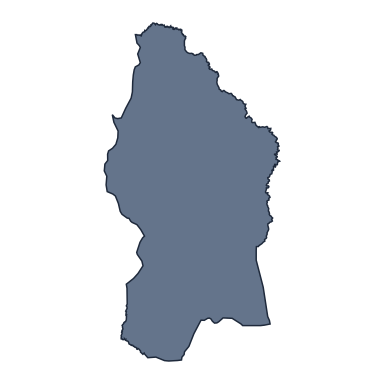 the district of Uvira, Sud-Kivu, Democratic Republic of the Congo
{"feature_id": "63176286B42701779698156", "entity_name": "Uvira", "entity_type": "district", "adm_level": 2, "iso_a3": "COD", "parent_name": "Democratic Republic of the Congo", "parent_adm1": "Sud-Kivu", "projection": "albers", "projection_center": [29.091, -3.199], "detail": "fine", "context": "isolated", "style": "filled", "palette": "slate", "viewbox_px": 384, "rotation_deg": 0, "n_neighbors": 0, "source": "geoboundaries", "source_scale": "gbopen_adm2", "svg_char_len": 5951}
<svg xmlns="http://www.w3.org/2000/svg" viewBox="0 0 384 384"><path d="M270.1,324.0L269.4,320.4L267.7,316.6L263.2,287.2L256.2,260.2L256.2,250.2L256.4,246.6L258.4,246.5L258.9,245.7L261.9,243.6L263.4,242.0L264.8,241.2L264.6,239.5L266.1,238.4L266.6,237.7L266.3,236.1L267.2,234.0L267.0,232.9L268.6,229.7L268.6,228.3L267.8,225.4L267.9,223.8L269.3,223.0L269.7,222.3L271.4,221.8L272.4,221.0L271.6,219.2L272.5,218.5L272.6,217.9L271.9,217.4L270.8,215.9L269.9,215.5L269.2,214.1L269.5,213.4L268.9,211.6L268.4,211.1L268.7,208.5L267.7,206.5L267.6,205.5L267.1,205.0L266.8,203.5L267.3,202.5L266.9,201.2L267.6,200.6L269.0,200.0L268.8,198.3L270.0,197.4L269.6,196.2L269.0,195.5L267.5,194.5L267.4,193.6L268.0,192.9L267.5,192.7L266.3,193.0L265.7,192.7L265.5,192.0L266.4,189.3L266.4,187.9L267.9,188.0L268.9,186.9L268.8,186.3L268.4,185.9L266.7,185.8L266.3,185.3L266.7,184.1L268.2,183.1L268.2,181.8L269.4,181.0L269.3,179.9L268.0,179.0L267.7,177.8L267.9,177.5L268.7,177.4L269.5,176.7L270.2,174.4L271.8,173.8L272.2,171.6L271.9,170.3L272.4,170.0L273.2,170.4L273.6,170.0L273.3,169.0L273.7,167.6L273.5,166.4L274.1,166.1L274.6,166.2L275.3,167.0L275.6,166.7L275.5,166.2L274.6,165.2L274.7,164.4L275.1,164.3L276.0,165.0L277.1,164.8L277.4,164.4L277.4,163.2L277.9,162.0L278.8,161.4L279.7,161.2L279.5,160.9L278.0,160.7L277.8,159.9L277.2,159.6L276.1,159.4L276.3,158.7L276.0,157.8L276.2,157.4L277.2,157.0L277.2,156.4L274.6,154.6L274.6,154.2L275.2,154.0L277.1,154.1L276.6,152.1L277.5,152.1L279.2,150.7L279.1,150.3L278.1,150.2L277.5,149.6L278.0,148.2L277.5,146.8L277.9,146.4L278.8,146.3L278.8,145.7L278.1,144.6L278.3,143.4L278.0,143.0L276.6,142.7L275.5,142.0L275.5,141.5L276.4,140.7L276.4,139.7L277.2,139.1L277.2,138.5L276.3,137.3L274.4,136.1L273.8,135.2L273.2,135.1L272.0,134.3L272.0,133.7L272.7,132.9L272.3,132.3L270.1,132.2L269.2,131.4L269.2,130.7L269.8,130.6L270.6,129.9L270.8,128.4L268.0,128.6L267.6,127.1L266.9,126.5L264.6,127.3L262.8,126.8L260.2,127.3L259.3,126.6L259.0,126.7L259.4,127.3L258.8,127.6L256.1,125.4L254.9,122.3L252.5,122.6L251.9,122.3L251.6,120.9L252.1,119.3L250.9,117.8L249.4,117.0L249.1,116.2L246.9,117.6L246.6,118.2L245.7,118.0L245.0,116.6L245.8,114.7L247.1,113.2L246.5,111.2L245.0,108.9L245.3,108.4L246.0,108.2L245.1,106.7L245.1,105.7L245.8,104.3L244.7,104.2L243.3,103.4L242.8,101.6L241.5,100.5L240.8,100.2L240.2,99.5L238.9,100.2L236.5,99.6L235.1,96.9L234.1,96.5L233.4,95.8L232.6,95.7L232.1,94.4L231.2,93.4L228.9,93.7L227.6,92.8L225.7,92.0L224.0,90.5L223.2,90.6L222.4,91.6L221.4,91.3L220.6,89.9L219.2,89.2L219.0,87.7L217.3,84.5L216.8,82.2L217.2,80.0L217.0,79.0L217.4,77.9L218.7,76.1L218.4,74.6L218.0,74.4L218.2,73.6L217.0,71.7L216.7,71.7L216.3,72.5L215.3,72.4L215.1,71.7L214.4,71.1L212.3,70.4L211.9,69.1L210.9,69.0L210.2,69.4L209.5,69.1L209.0,68.1L209.3,67.6L209.9,67.4L209.9,66.9L209.5,66.3L208.3,65.6L208.4,64.8L209.4,64.3L209.4,63.9L208.6,62.4L208.0,62.2L207.6,62.5L206.5,61.6L206.7,59.9L206.1,58.4L205.1,57.4L205.2,56.9L204.8,56.4L203.1,55.4L202.7,53.3L200.9,52.8L198.4,54.5L196.5,54.6L196.1,55.2L194.3,55.3L193.2,54.0L192.8,54.1L192.5,53.6L191.3,53.3L189.9,53.5L188.2,53.0L186.7,52.0L184.9,49.6L185.0,47.1L184.4,45.8L184.4,40.9L185.0,39.2L185.6,38.6L185.4,37.1L185.8,36.8L185.1,36.0L184.4,36.1L184.0,35.9L183.4,35.4L183.4,34.6L182.5,34.4L182.5,33.8L181.5,32.5L181.9,30.9L181.7,30.1L181.0,30.5L180.8,30.3L181.1,29.8L180.8,29.3L179.9,29.3L179.0,29.9L178.6,29.3L176.8,29.0L176.8,28.1L176.2,28.3L175.9,27.9L174.5,28.7L174.9,29.0L174.4,29.4L173.6,29.4L172.9,29.0L173.2,28.1L172.9,27.9L173.3,27.5L173.0,27.3L172.5,27.7L172.0,27.3L171.2,27.3L171.4,26.9L170.9,26.7L170.7,25.9L169.1,27.6L168.4,27.0L167.9,27.0L168.0,26.6L167.4,26.3L166.7,26.4L166.5,26.9L166.0,26.9L165.8,27.2L165.0,27.1L165.1,26.5L164.5,26.3L164.2,25.1L163.0,25.5L162.2,24.5L161.9,24.5L161.6,24.9L161.2,24.6L160.9,25.0L160.3,24.6L159.7,25.1L158.0,24.6L157.1,23.6L156.5,23.4L156.1,23.6L155.5,24.7L154.3,23.3L152.9,23.0L152.3,23.6L151.6,24.9L150.9,24.9L150.9,25.8L150.4,26.5L149.3,26.2L148.9,26.6L148.7,27.5L148.3,27.4L148.0,27.7L148.3,28.1L146.9,29.3L146.6,30.0L145.5,30.7L144.8,30.4L144.7,31.7L143.1,32.2L142.0,33.5L141.9,34.1L141.4,34.4L141.4,35.2L140.7,35.1L140.9,35.7L138.9,35.0L137.3,35.1L136.9,34.6L135.4,34.6L137.0,43.1L139.3,45.6L140.3,47.5L137.7,54.0L140.3,62.6L138.9,64.9L135.3,66.9L134.2,69.8L133.3,75.0L132.7,81.8L132.4,92.0L131.1,98.2L125.7,108.3L121.3,117.9L117.7,118.6L115.0,118.0L112.3,114.7L113.9,122.3L118.1,131.0L117.8,137.8L115.9,144.3L112.5,148.3L108.6,150.9L107.6,154.2L107.7,160.5L104.9,164.1L104.3,170.9L106.8,176.2L106.1,184.9L107.2,191.6L112.8,194.0L115.4,196.0L118.4,203.5L120.2,211.3L122.0,214.3L127.2,218.1L129.0,218.3L130.7,221.2L132.1,222.4L136.9,224.6L140.7,229.5L144.5,236.1L142.6,237.9L140.0,242.3L136.7,252.4L137.3,254.4L141.9,261.1L143.0,265.8L138.0,273.5L133.5,278.5L126.3,284.2L127.0,288.3L127.2,304.1L126.3,305.9L127.0,306.9L127.1,308.3L125.7,311.2L126.4,311.7L126.0,313.2L126.3,314.2L126.7,314.7L126.5,315.1L125.9,315.0L125.9,315.3L126.5,316.3L126.3,319.9L125.5,321.7L124.9,321.8L123.9,322.6L123.8,323.4L122.1,325.4L122.5,326.3L122.5,327.3L122.9,328.8L122.7,329.6L122.0,330.4L122.3,331.0L122.0,331.3L122.2,331.5L121.6,332.3L122.2,333.1L121.1,335.9L121.5,336.5L121.1,338.0L121.3,338.9L121.9,338.7L122.5,339.5L123.2,339.7L124.5,339.3L124.5,339.0L124.7,339.3L125.6,339.3L125.2,339.9L125.5,340.3L125.9,340.2L126.7,340.9L127.7,341.1L128.3,341.6L129.1,344.0L130.6,344.7L131.1,345.2L131.6,345.0L131.8,345.4L132.8,345.3L133.4,346.3L134.0,346.3L134.7,347.1L135.8,347.3L136.4,347.9L136.9,349.2L137.3,349.3L137.9,348.4L138.6,348.8L140.5,350.9L140.5,352.0L142.9,354.3L144.1,353.1L144.5,353.9L147.8,357.7L155.9,357.1L164.5,360.6L168.7,361.0L177.5,360.5L181.5,360.0L181.9,357.2L184.1,354.6L184.5,351.8L188.9,346.4L193.9,333.7L201.0,320.2L204.3,320.3L207.7,318.3L209.5,318.1L211.0,319.0L212.4,321.2L214.5,323.1L216.9,322.9L218.7,321.8L223.1,317.9L232.1,318.3L240.8,323.8L242.7,325.6L260.4,325.6L264.6,325.1L270.1,324.0Z" fill="#64748b" stroke="#1e293b" stroke-width="1.5"/></svg>